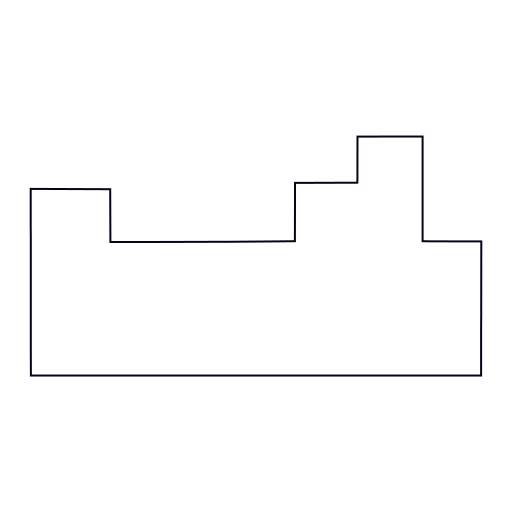 Fray Justo Santa María de Oro, Chaco, Argentina (Robinson projection)
{"feature_id": "61730980B15270173915808", "entity_name": "Fray Justo Santa María de Oro", "entity_type": "district", "adm_level": 2, "iso_a3": "ARG", "parent_name": "Argentina", "parent_adm1": "Chaco", "projection": "robinson", "projection_center": [-61.341, -27.818], "detail": "fine", "context": "isolated", "style": "outline", "palette": "ink", "viewbox_px": 512, "rotation_deg": 0, "n_neighbors": 0, "source": "geoboundaries", "source_scale": "gbopen_adm2", "svg_char_len": 722}
<svg xmlns="http://www.w3.org/2000/svg" viewBox="0 0 512 512"><path d="M30.9,375.5L153.7,375.5L206.7,375.5L333.3,375.5L481.1,375.5L481.1,374.5L481.1,374.4L481.1,353.3L481.1,331.3L481.2,314.8L481.2,309.7L481.3,241.4L457.0,241.4L429.5,241.3L422.6,241.2L422.6,235.2L422.6,143.3L422.6,136.5L419.8,136.5L357.5,136.6L357.4,178.2L357.3,182.7L323.4,182.8L295.0,182.9L295.0,186.2L295.0,202.5L294.9,241.2L276.3,241.4L226.7,241.8L224.8,241.8L224.6,241.8L219.0,241.8L147.2,242.0L110.4,242.0L110.2,189.2L31.0,188.9L30.7,188.9L30.7,224.6L30.8,237.3L30.8,241.1L30.8,241.6L30.8,242.2L30.8,252.2L30.8,274.9L30.8,279.9L30.8,296.7L30.8,309.9L30.8,323.6L30.8,335.6L30.8,350.0L30.9,375.5Z" fill="none" stroke="#020617" stroke-width="2"/></svg>